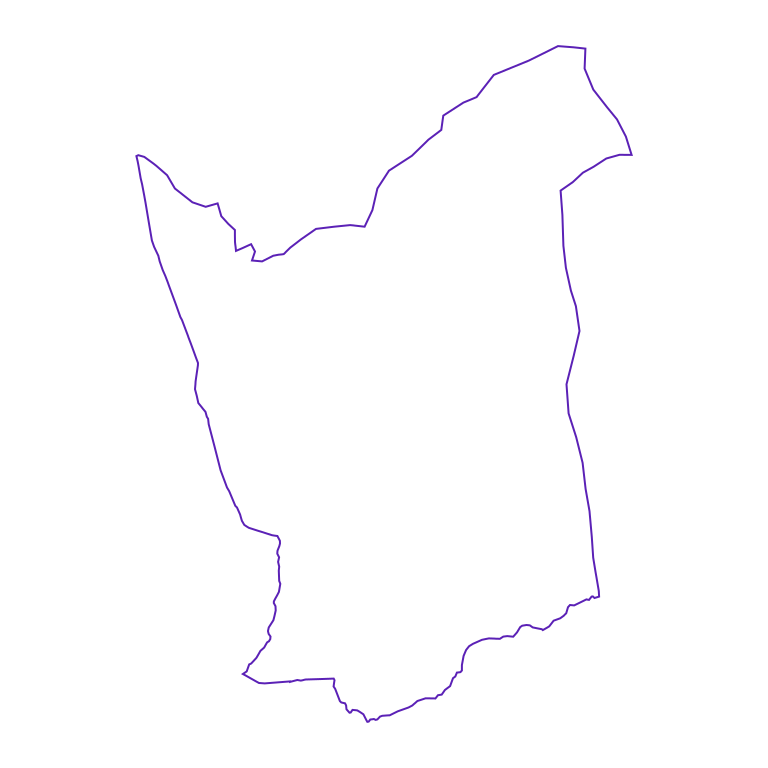 the district of Monts de Lam, Logone Oriental, Chad
{"feature_id": "50815135B14191552615898", "entity_name": "Monts de Lam", "entity_type": "district", "adm_level": 2, "iso_a3": "TCD", "parent_name": "Chad", "parent_adm1": "Logone Oriental", "projection": "equal_earth", "projection_center": [15.78, 8.051], "detail": "fine", "context": "isolated", "style": "outline", "palette": "violet", "viewbox_px": 768, "rotation_deg": 0, "n_neighbors": 0, "source": "geoboundaries", "source_scale": "gbopen_adm2", "svg_char_len": 4435}
<svg xmlns="http://www.w3.org/2000/svg" viewBox="0 0 768 768"><path d="M300.8,239.5L296.7,242.7L290.3,247.6L285.7,252.1L285.0,252.9L284.9,253.0L283.7,254.1L283.1,254.2L281.8,254.4L278.7,254.7L276.5,255.1L273.5,255.7L273.3,255.7L262.1,261.4L252.0,260.5L255.0,251.5L251.1,244.2L249.3,245.0L242.5,248.1L236.0,250.9L235.6,247.0L235.2,244.0L235.0,242.0L234.9,235.3L234.9,230.0L228.3,223.9L221.3,216.2L219.1,208.5L217.6,203.4L213.4,204.6L205.7,206.8L192.4,202.3L174.9,188.5L167.1,175.2L156.3,165.8L155.4,165.1L153.5,163.6L150.9,161.7L144.3,156.9L138.3,155.2L136.4,156.1L137.6,161.1L138.5,165.7L140.6,177.9L140.6,178.0L142.1,184.3L144.2,195.4L145.5,202.6L149.1,224.1L151.9,240.5L154.1,246.8L158.4,255.9L158.5,256.5L159.7,261.4L160.9,264.8L162.7,270.0L165.3,275.9L167.8,282.4L168.6,284.7L175.9,304.5L180.4,317.1L181.4,318.9L182.1,320.3L188.1,336.2L188.4,337.2L190.7,343.2L193.2,350.0L196.1,358.0L198.0,363.0L197.9,365.4L196.5,375.0L195.6,381.3L195.4,384.6L195.0,389.2L195.8,392.2L196.7,395.6L198.0,401.5L198.3,403.0L202.3,407.9L202.3,408.0L205.5,411.9L206.8,416.7L206.9,416.9L208.1,418.8L208.7,424.2L214.5,446.4L220.6,470.3L222.5,475.4L225.0,482.1L227.0,487.5L229.2,491.2L235.3,505.8L236.8,507.3L237.0,507.5L237.3,508.2L240.1,514.5L240.8,517.1L241.9,520.8L244.3,524.9L246.7,526.5L248.8,527.8L258.1,530.8L261.4,531.8L272.0,535.2L274.4,535.6L277.4,536.0L279.9,540.8L280.0,543.5L279.3,546.2L277.7,550.2L277.5,550.8L277.4,551.8L277.3,553.7L279.1,557.3L278.1,561.9L279.2,566.7L278.8,570.6L278.8,570.8L279.2,581.0L279.4,581.4L280.3,583.8L279.2,590.3L278.9,591.9L277.1,595.4L276.2,597.0L275.4,598.4L273.9,601.3L273.8,603.0L274.7,604.7L275.5,606.2L275.6,608.5L275.7,610.5L274.4,616.3L273.4,620.2L268.8,627.4L268.7,627.7L268.0,630.9L268.0,631.1L268.1,631.7L268.7,634.0L269.5,635.1L270.5,636.5L270.3,638.4L270.3,639.0L269.0,641.2L268.9,641.2L268.2,641.7L267.1,642.4L266.1,644.1L264.2,647.5L263.9,647.8L260.4,650.9L258.6,654.1L258.2,654.8L256.5,657.7L256.1,658.2L251.2,663.5L250.4,663.9L249.2,664.4L246.7,671.4L242.9,674.0L246.0,675.7L253.6,680.0L255.7,681.2L259.0,683.0L260.7,683.1L264.7,683.4L290.1,681.4L290.1,681.9L290.8,681.7L297.3,680.0L300.8,680.6L302.4,680.3L304.6,679.7L305.3,679.6L305.7,679.5L322.4,679.0L333.7,678.6L333.8,678.8L334.5,680.2L334.1,682.7L333.6,686.5L335.2,688.9L337.4,694.6L339.9,701.1L340.8,702.0L341.2,702.4L341.9,702.6L345.0,703.3L346.1,705.4L346.4,708.6L346.5,709.1L346.5,709.3L349.5,712.7L350.2,712.6L350.7,712.5L351.6,711.2L352.5,709.9L355.7,710.2L357.3,710.4L358.3,711.0L360.1,712.1L363.4,714.3L366.1,719.6L366.3,720.0L367.3,721.8L367.9,721.8L368.8,721.5L370.3,719.5L372.2,719.3L373.9,719.0L374.4,719.3L375.7,719.9L376.0,719.8L377.4,719.4L380.0,716.6L380.3,716.5L382.2,715.8L387.4,715.4L389.7,715.3L397.8,711.3L408.5,707.5L412.3,705.5L414.3,703.7L414.5,703.6L417.4,701.0L420.8,699.9L425.6,698.3L432.4,698.4L433.9,698.4L435.4,698.5L438.0,695.2L441.7,694.6L443.4,692.2L444.9,690.0L447.7,687.9L450.1,686.1L451.9,681.2L453.0,678.2L455.3,676.5L456.9,672.6L460.1,672.2L460.5,672.1L460.7,671.8L461.9,670.5L461.9,665.1L463.6,655.9L465.2,652.1L466.1,650.0L466.8,649.1L469.1,646.2L473.0,643.8L482.0,639.8L486.8,638.8L488.9,638.4L494.6,638.6L495.8,638.7L499.9,638.8L502.5,637.1L503.3,636.6L507.3,636.1L513.2,636.7L514.9,634.8L517.0,632.4L520.2,627.1L522.2,625.7L525.8,625.1L526.7,625.0L529.4,625.3L529.9,625.4L530.5,625.8L531.0,626.2L532.7,627.4L537.6,628.4L541.8,629.2L542.4,629.7L542.8,630.1L547.2,627.6L549.2,626.4L551.3,623.7L553.6,620.7L560.2,618.3L563.8,615.7L564.7,614.7L566.2,613.3L568.0,607.2L570.0,605.0L573.1,605.3L574.2,605.4L583.4,600.9L586.4,599.4L586.6,599.4L586.8,599.5L589.0,599.9L591.6,596.6L592.8,596.4L594.5,598.0L599.1,596.6L598.8,591.1L598.2,587.5L596.5,577.5L595.6,572.4L593.2,557.7L591.8,537.0L589.5,511.1L585.6,488.9L582.6,462.8L576.2,437.2L568.6,413.4L566.5,384.3L573.7,355.8L579.5,331.0L575.9,306.2L570.9,290.6L565.9,267.8L563.4,245.8L562.4,215.0L560.6,190.6L572.8,182.1L582.9,172.7L593.7,166.7L606.3,158.5L619.5,154.8L631.6,154.9L625.9,136.6L617.0,119.4L607.1,107.3L593.3,89.6L584.6,68.6L585.4,48.6L573.5,47.3L558.0,46.1L528.8,60.6L493.8,74.9L492.8,76.2L484.3,87.1L478.4,94.7L476.6,97.1L470.2,99.8L463.4,102.6L443.3,115.6L442.7,119.7L441.3,129.9L430.0,138.5L428.4,139.7L426.1,142.0L411.9,155.8L388.9,170.7L388.9,170.8L377.4,188.5L372.4,210.1L364.6,226.7L354.8,225.6L352.6,225.3L352.1,225.3L350.2,225.1L334.2,226.7L322.6,228.1L316.0,228.9L300.8,239.5Z" fill="none" stroke="#5b21b6" stroke-width="2"/></svg>